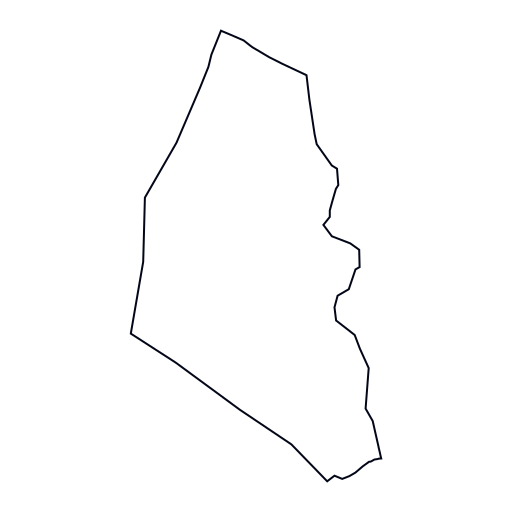 San Miguel Coatlán, Oaxaca, Mexico
{"feature_id": "50627088B89719266159733", "entity_name": "San Miguel Coatlán", "entity_type": "district", "adm_level": 2, "iso_a3": "MEX", "parent_name": "Mexico", "parent_adm1": "Oaxaca", "projection": "robinson", "projection_center": [-96.66, 16.169], "detail": "fine", "context": "isolated", "style": "outline", "palette": "ink", "viewbox_px": 512, "rotation_deg": 0, "n_neighbors": 0, "source": "geoboundaries", "source_scale": "gbopen_adm2", "svg_char_len": 912}
<svg xmlns="http://www.w3.org/2000/svg" viewBox="0 0 512 512"><path d="M309.4,99.7L306.5,75.2L282.1,63.7L269.2,57.2L252.5,47.3L249.4,45.0L249.3,44.9L243.6,40.4L239.7,38.7L230.2,34.6L229.9,34.5L229.5,34.3L221.4,30.9L221.2,30.8L221.0,30.7L211.4,54.6L208.4,66.9L200.0,87.8L176.5,142.7L144.9,197.6L143.2,261.8L130.8,333.6L175.7,362.6L240.2,410.0L291.4,444.4L327.2,481.3L334.5,475.7L342.2,478.9L349.4,476.1L355.4,472.6L362.8,466.3L369.0,461.8L370.7,461.6L374.5,459.5L377.3,459.1L379.1,458.6L381.2,458.5L380.5,455.6L380.0,453.2L378.7,447.7L378.5,446.6L375.3,432.5L372.7,421.0L365.6,408.6L368.7,368.1L359.9,348.7L354.7,335.0L336.1,320.5L334.5,307.3L337.6,295.7L348.8,289.2L355.5,269.4L359.6,267.1L359.2,249.8L350.3,243.4L331.9,236.3L323.4,224.9L329.8,216.9L329.8,210.4L332.0,202.4L335.9,188.9L338.3,185.1L337.0,168.7L331.8,165.5L316.7,144.2L314.6,134.2L309.4,99.7Z" fill="none" stroke="#020617" stroke-width="2"/></svg>